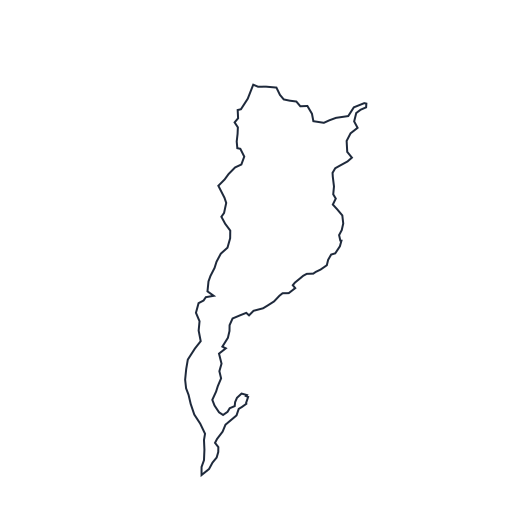 the district of Lofou, Limassol, Cyprus, rotated 50°
{"feature_id": "46923920B39647267644657", "entity_name": "Lofou", "entity_type": "district", "adm_level": 2, "iso_a3": "CYP", "parent_name": "Cyprus", "parent_adm1": "Limassol", "projection": "orthographic", "projection_center": [32.884, 34.797], "detail": "fine", "context": "isolated", "style": "outline", "palette": "slate", "viewbox_px": 512, "rotation_deg": 50, "n_neighbors": 0, "source": "geoboundaries", "source_scale": "gbopen_adm2", "svg_char_len": 2136}
<svg xmlns="http://www.w3.org/2000/svg" viewBox="0 0 512 512"><g transform="rotate(50 256 256)"><path d="M123.0,148.0L130.2,161.2L133.9,173.2L132.4,176.2L139.0,181.2L139.9,186.5L145.8,187.2L150.7,191.7L155.9,197.2L161.4,201.0L163.8,199.1L172.3,201.1L176.5,208.4L174.7,215.1L175.6,224.4L177.2,230.8L178.0,239.7L191.1,242.7L196.2,244.7L202.5,252.8L203.7,257.3L211.5,258.9L220.0,259.4L225.8,264.4L231.3,272.5L231.6,281.5L235.0,289.9L238.5,295.4L242.0,303.7L244.9,308.7L251.9,315.9L259.3,314.0L255.3,320.9L256.4,324.8L255.2,330.3L260.9,338.5L269.7,341.2L276.3,347.9L285.7,353.1L287.6,362.2L291.5,374.8L297.7,382.1L305.2,389.8L312.4,394.6L319.0,396.9L327.3,401.1L337.8,405.2L348.6,406.5L359.4,409.3L363.5,414.1L371.2,420.0L379.0,427.1L382.6,433.3L385.3,435.6L388.8,438.5L389.0,428.9L386.3,422.1L385.1,415.7L381.9,410.9L378.2,407.7L372.8,407.5L371.1,403.4L369.1,394.5L365.6,387.8L365.6,380.3L365.6,373.4L362.0,367.5L362.6,363.9L363.0,358.4L362.1,357.9L358.9,352.6L356.8,353.7L356.6,352.4L352.1,355.5L352.4,361.7L354.5,365.9L357.3,368.8L355.7,374.0L357.1,378.0L356.6,383.4L352.0,384.8L343.9,383.9L338.3,382.0L338.1,381.9L338.0,381.7L334.2,373.7L331.2,369.0L327.3,361.4L320.7,358.1L316.3,351.6L307.0,347.1L307.3,338.5L303.8,340.0L300.6,330.1L296.4,324.5L292.0,320.7L288.8,314.1L291.4,305.7L293.3,300.0L297.0,299.5L296.4,293.1L300.6,284.2L301.4,279.0L302.4,271.4L301.5,263.5L301.6,259.6L305.5,254.8L305.8,246.6L302.0,246.6L301.4,243.3L301.5,232.5L302.3,228.6L306.3,223.5L306.6,220.4L307.9,215.3L308.6,207.7L305.3,203.2L303.2,197.5L304.9,193.6L302.5,185.5L299.2,180.7L298.4,181.5L293.4,178.9L291.3,173.7L287.2,168.3L280.4,163.8L276.5,163.8L272.3,163.8L266.0,164.1L263.3,158.0L258.4,157.2L252.9,151.6L244.6,146.2L241.5,143.9L239.7,138.9L240.8,133.1L242.4,125.1L242.3,119.3L234.9,119.2L226.1,112.6L222.8,104.7L223.1,95.8L216.0,94.3L210.9,87.3L211.2,81.8L212.9,76.1L210.2,73.5L208.5,74.8L205.0,85.5L208.1,95.4L201.6,105.9L199.2,112.6L197.6,118.4L189.6,125.4L183.0,121.7L174.1,120.2L169.8,125.8L163.6,125.8L158.6,130.4L153.9,134.1L148.0,134.1L140.1,132.1L132.7,139.5L127.7,145.6L123.0,148.0Z" fill="none" stroke="#1e293b" stroke-width="2"/></g></svg>